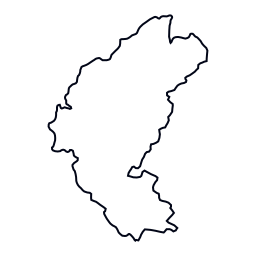 Khoiniki, Gomel, Belarus
{"feature_id": "67162791B63950130624576", "entity_name": "Khoiniki", "entity_type": "district", "adm_level": 2, "iso_a3": "BLR", "parent_name": "Belarus", "parent_adm1": "Gomel", "projection": "albers", "projection_center": [29.942, 51.823], "detail": "fine", "context": "isolated", "style": "outline", "palette": "ink", "viewbox_px": 256, "rotation_deg": 0, "n_neighbors": 0, "source": "geoboundaries", "source_scale": "gbopen_adm2", "svg_char_len": 4319}
<svg xmlns="http://www.w3.org/2000/svg" viewBox="0 0 256 256"><path d="M135.3,240.6L136.0,239.9L138.4,240.4L140.2,237.1L141.1,234.7L142.8,231.8L144.8,229.4L147.5,229.6L150.5,229.9L152.9,230.3L155.6,230.8L160.4,231.9L163.7,232.5L164.6,231.6L166.6,229.2L169.7,229.2L171.4,229.9L173.4,231.4L175.8,230.4L176.5,229.1L177.3,228.0L174.3,225.3L168.5,222.6L166.8,220.9L169.3,218.0L172.2,215.0L173.9,212.9L172.3,210.5L170.3,208.0L171.0,206.8L171.0,205.0L168.5,202.7L165.7,201.6L162.3,200.9L160.0,200.0L159.1,197.7L159.1,195.8L158.7,193.7L156.7,192.9L153.4,190.6L153.0,187.3L153.6,185.2L155.3,182.2L157.1,180.1L157.5,177.6L155.5,176.1L152.7,174.9L150.9,174.1L147.4,172.2L144.5,170.6L142.5,172.0L142.0,173.8L141.3,175.9L140.1,176.9L136.7,177.5L133.3,177.3L130.0,176.3L128.0,175.8L128.6,173.0L129.7,171.1L131.1,169.1L132.2,167.1L133.9,166.6L135.8,168.1L138.0,168.2L140.1,166.3L141.4,162.0L142.2,159.6L143.9,156.9L145.1,153.8L146.7,152.1L149.1,151.6L150.7,149.3L150.5,146.7L151.1,144.3L153.5,143.9L156.2,142.7L158.2,141.4L159.4,137.9L159.9,134.2L159.5,132.1L159.2,129.8L160.5,128.9L162.7,127.9L165.2,127.4L166.3,125.2L167.5,123.3L168.8,120.3L168.2,117.0L169.9,115.2L172.1,111.9L172.4,108.5L172.8,105.5L172.7,104.0L170.3,102.2L168.0,99.7L169.3,96.9L167.1,95.4L167.0,92.8L168.5,91.7L171.2,91.1L174.4,90.0L175.9,87.7L177.5,85.6L179.3,84.4L181.4,83.5L184.0,83.0L186.0,82.0L186.4,80.4L185.4,78.9L185.3,77.8L186.9,76.5L189.7,75.3L191.9,73.8L194.8,71.7L196.6,69.7L198.1,68.4L198.3,64.9L200.3,63.3L202.3,62.6L204.2,61.7L206.6,61.1L206.7,58.5L207.0,54.7L207.4,50.6L206.3,48.0L203.8,45.6L202.1,43.6L200.6,41.0L198.6,38.8L197.2,37.4L195.4,36.6L194.4,35.6L193.6,34.6L192.7,33.8L191.1,33.7L190.2,34.2L189.9,35.3L188.8,37.2L187.4,38.0L185.4,38.6L182.9,38.0L181.6,37.6L180.6,37.4L178.3,37.0L177.3,37.0L175.5,37.2L174.1,37.7L173.0,38.7L172.4,39.7L171.4,42.1L170.6,42.9L170.1,41.9L169.8,39.5L169.1,36.8L169.3,30.1L169.6,25.7L170.4,22.9L170.5,21.0L170.7,20.1L171.5,18.8L172.1,17.6L172.0,16.5L170.9,15.5L169.8,15.4L168.9,15.6L167.5,16.2L166.4,16.4L165.2,16.3L163.1,16.2L161.8,16.5L161.0,16.9L160.4,17.5L159.8,18.2L159.2,18.6L158.2,18.3L156.8,17.3L155.5,16.9L154.5,17.0L153.1,17.7L150.0,19.3L146.4,21.9L142.8,24.4L140.3,26.8L139.2,28.2L138.4,29.6L138.0,30.5L137.0,32.9L135.8,34.0L133.8,34.7L132.0,35.4L130.7,36.5L129.8,37.2L128.5,38.0L127.4,38.6L126.0,38.9L123.7,39.1L121.3,39.2L120.3,39.8L120.3,40.1L120.2,41.5L120.2,43.2L120.0,44.6L119.8,45.9L118.8,47.3L118.0,48.4L116.8,49.6L115.7,50.6L114.3,52.0L112.6,53.7L111.5,54.9L111.1,56.1L110.7,57.5L109.9,59.1L108.7,59.7L106.7,60.2L104.7,60.2L102.6,60.2L101.4,59.4L100.1,58.4L99.1,58.0L96.9,58.4L95.6,58.9L94.3,59.9L93.1,60.6L90.7,62.2L88.2,63.9L86.4,64.9L84.1,65.8L82.6,66.3L81.5,67.0L81.1,68.0L80.3,70.1L80.3,71.2L79.9,73.1L79.1,75.0L78.0,76.0L77.4,77.9L77.1,80.1L76.9,81.9L75.8,83.3L74.0,84.0L72.7,84.4L71.5,85.3L70.5,86.3L69.5,87.2L68.9,88.2L68.7,89.5L68.5,91.4L68.2,93.2L67.2,94.3L65.9,95.1L65.1,96.8L65.0,97.6L65.2,98.7L66.2,100.5L66.2,102.2L66.2,103.3L66.6,104.2L67.8,104.7L69.1,105.8L70.8,106.8L71.2,108.3L69.9,108.9L69.0,108.5L66.4,107.9L64.7,107.3L63.2,108.0L61.8,108.5L60.9,108.0L60.4,106.7L59.8,104.8L58.9,104.9L57.5,105.6L57.0,107.1L57.0,108.6L57.0,110.0L56.7,111.4L56.1,112.3L56.1,114.0L56.1,115.2L55.8,117.4L55.1,119.3L53.9,120.9L51.2,122.6L49.3,123.2L48.7,124.5L48.6,126.7L50.0,129.4L51.3,130.3L53.0,131.7L54.4,133.4L55.0,135.4L55.2,138.0L55.1,140.4L54.5,142.4L53.9,144.7L53.2,146.6L52.0,147.5L52.1,149.3L53.0,150.4L55.1,151.2L57.7,151.5L60.3,151.1L61.4,150.2L63.1,149.7L64.6,150.1L66.3,151.6L67.8,152.0L69.4,151.2L70.0,150.0L71.4,150.0L72.9,150.8L73.6,153.6L73.9,155.5L74.6,156.3L76.5,157.5L77.8,158.1L77.7,160.2L76.9,161.1L75.6,162.0L74.1,163.0L72.5,164.9L72.5,166.2L73.6,169.6L74.8,171.1L75.6,174.1L76.1,177.1L76.3,180.9L76.8,182.7L77.8,184.8L79.2,186.6L80.9,188.1L82.7,190.2L84.3,191.5L87.3,192.5L89.8,192.8L91.2,193.9L91.1,196.3L91.1,198.1L91.3,199.9L93.4,200.8L96.1,201.8L97.8,203.0L100.0,204.7L102.5,206.4L104.2,207.6L105.7,208.8L105.1,211.2L104.0,212.1L104.2,213.9L105.3,216.0L106.8,218.7L109.2,222.1L110.4,223.6L112.6,225.4L114.2,226.2L115.9,227.2L117.2,229.2L117.9,230.7L118.7,232.5L120.3,234.1L122.3,235.7L125.0,236.0L126.3,235.8L127.7,235.0L128.5,234.1L129.4,234.0L130.6,234.8L132.4,236.7L133.7,238.3L134.5,239.8L135.3,240.6Z" fill="none" stroke="#020617" stroke-width="2"/></svg>